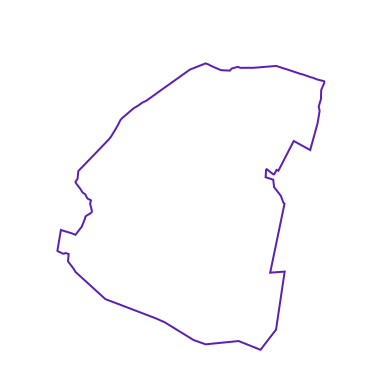 Ciudad Ixtepec, Oaxaca, Mexico, rotated 195°
{"feature_id": "50627088B46254456023080", "entity_name": "Ciudad Ixtepec", "entity_type": "district", "adm_level": 2, "iso_a3": "MEX", "parent_name": "Mexico", "parent_adm1": "Oaxaca", "projection": "orthographic", "projection_center": [-95.069, 16.617], "detail": "fine", "context": "isolated", "style": "outline", "palette": "violet", "viewbox_px": 384, "rotation_deg": 195, "n_neighbors": 0, "source": "geoboundaries", "source_scale": "gbopen_adm2", "svg_char_len": 1927}
<svg xmlns="http://www.w3.org/2000/svg" viewBox="0 0 384 384"><g transform="rotate(195 192 192)"><path d="M247.9,66.1L194.4,60.6L184.7,59.1L161.2,52.1L152.2,49.4L139.4,48.4L108.4,60.1L85.0,57.3L75.2,80.8L81.9,139.1L95.6,134.3L99.5,202.7L99.5,203.0L99.6,204.6L101.0,205.4L105.2,211.3L114.0,218.0L116.7,224.9L119.4,225.1L124.7,225.3L126.2,232.7L125.7,233.4L120.5,231.1L118.0,230.1L117.1,230.5L117.0,231.2L116.0,235.3L115.8,235.3L114.1,234.8L107.1,266.8L107.0,267.3L106.9,267.6L88.7,263.1L88.5,290.6L89.7,303.3L91.7,307.3L91.7,307.6L91.5,315.5L92.0,317.2L93.6,324.0L92.5,331.6L92.9,333.1L93.0,333.2L99.9,333.1L100.3,333.1L104.3,333.6L107.4,333.6L115.9,334.3L116.8,334.1L131.3,335.0L132.2,335.0L136.6,335.2L143.2,335.6L162.4,328.7L162.5,328.7L164.7,327.9L168.4,326.9L177.6,324.4L180.0,324.8L185.4,321.7L186.9,319.0L195.6,317.2L204.6,318.5L205.1,318.6L207.7,319.1L207.8,319.1L209.0,319.5L212.2,319.7L225.7,309.7L230.0,304.5L230.3,304.2L234.0,299.6L237.5,295.4L239.9,292.5L242.2,289.7L244.7,286.7L249.0,281.5L253.7,275.7L259.6,268.5L263.5,265.1L266.3,261.6L270.1,257.7L278.8,245.0L279.8,242.9L280.8,237.9L282.0,233.3L284.5,224.7L285.9,221.4L294.2,206.3L306.8,183.6L307.2,182.7L306.0,175.1L306.3,174.3L306.6,173.3L307.2,171.6L306.3,170.5L305.4,169.7L303.9,168.6L302.2,167.3L300.6,166.0L297.9,163.5L296.7,162.9L294.5,162.1L291.6,158.9L290.4,158.4L289.3,158.2L288.2,158.2L287.5,157.8L287.6,157.5L287.4,156.9L287.4,156.6L287.4,155.3L287.4,154.8L287.3,154.2L287.1,153.8L284.0,148.2L283.8,147.6L283.7,147.3L283.7,146.9L283.7,146.7L283.8,146.3L284.1,145.8L284.4,145.4L287.8,141.8L288.1,141.3L288.4,141.0L288.6,140.4L288.5,138.4L289.2,132.4L289.5,130.4L289.4,130.2L293.5,120.5L297.6,121.0L307.4,121.3L307.9,121.2L308.8,121.4L306.8,100.3L305.3,99.8L304.0,99.7L303.4,99.6L301.9,99.3L301.0,99.0L300.1,99.2L299.0,99.8L298.2,100.3L295.1,100.2L293.8,92.9L286.2,87.0L283.8,84.6L247.9,66.1Z" fill="none" stroke="#5b21b6" stroke-width="2"/></g></svg>